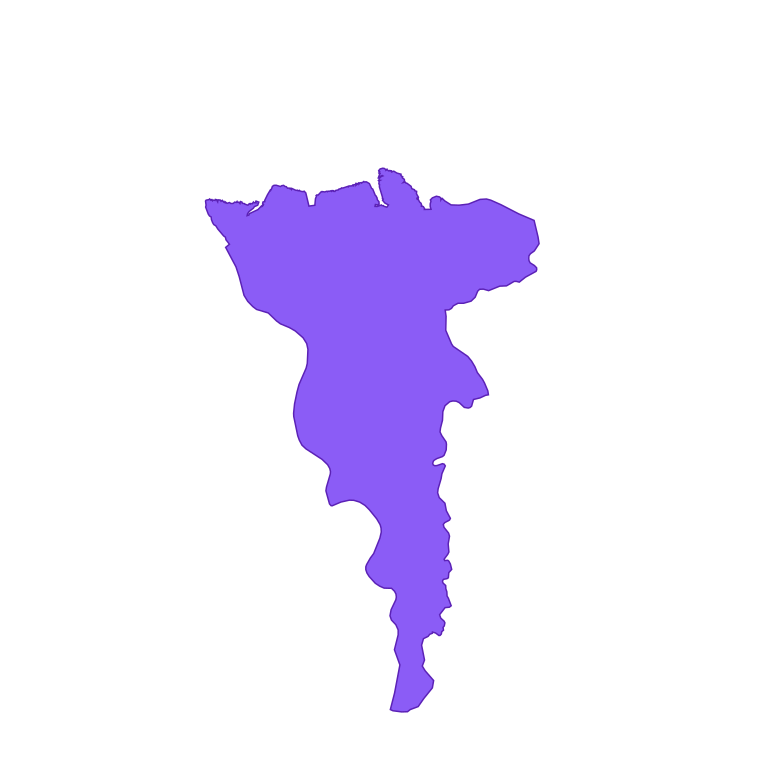 Cotabato City, Cotabato, Philippines, rotated 46°
{"feature_id": "2640588B312406433782", "entity_name": "Cotabato City", "entity_type": "district", "adm_level": 2, "iso_a3": "PHL", "parent_name": "Philippines", "parent_adm1": "Cotabato", "projection": "orthographic", "projection_center": [124.192, 7.204], "detail": "fine", "context": "isolated", "style": "filled", "palette": "violet", "viewbox_px": 768, "rotation_deg": 46, "n_neighbors": 0, "source": "geoboundaries", "source_scale": "gbopen_adm2", "svg_char_len": 6170}
<svg xmlns="http://www.w3.org/2000/svg" viewBox="0 0 768 768"><g transform="rotate(46 384 384)"><path d="M175.7,403.0L196.9,409.1L206.2,413.6L223.0,423.1L229.9,424.6L237.1,424.6L241.8,423.9L252.5,417.9L264.1,417.5L268.8,416.7L277.6,412.9L284.2,411.0L294.5,410.1L301.2,411.5L306.3,414.7L315.9,424.9L318.5,429.0L325.3,445.4L329.3,452.1L336.2,462.2L342.3,469.4L344.7,471.5L361.3,482.0L365.5,483.9L371.0,485.5L376.5,485.2L395.2,480.9L402.9,480.6L407.1,481.7L409.8,483.3L411.4,485.1L418.2,497.0L420.5,500.0L432.4,506.5L434.7,506.6L435.6,505.9L439.0,497.0L443.5,489.6L446.7,486.5L452.1,483.5L458.1,482.0L464.3,481.9L475.9,482.9L482.5,484.5L485.6,486.2L488.6,488.8L492.0,494.0L498.8,509.2L499.7,514.7L501.8,521.9L502.9,524.1L505.0,526.1L508.2,527.6L512.2,528.4L521.3,528.7L526.5,527.5L530.9,525.7L536.2,520.5L540.4,520.4L543.4,521.3L545.8,523.1L547.4,525.3L551.3,535.7L554.9,540.7L558.9,542.6L565.4,542.7L570.7,544.6L574.3,548.1L582.4,561.1L597.1,567.7L613.6,591.0L622.6,605.6L625.2,604.6L632.1,599.1L636.1,594.7L636.4,591.3L639.8,583.5L637.9,573.9L636.2,560.3L631.8,554.3L618.8,553.6L613.5,552.4L610.7,546.6L598.0,538.4L594.6,532.5L596.2,527.5L595.8,525.0L596.9,522.4L596.1,521.5L598.8,519.9L603.1,519.2L603.8,518.3L603.7,516.5L602.3,514.5L602.4,512.2L600.1,510.6L599.9,508.7L598.1,506.1L596.3,505.5L591.9,505.8L588.6,504.3L587.3,495.4L590.0,492.0L590.2,489.7L582.8,486.5L580.3,485.9L577.1,483.1L574.3,481.8L571.8,479.6L568.4,479.8L567.0,479.3L566.1,478.3L565.9,476.8L567.8,473.9L568.1,472.3L564.7,468.4L564.4,464.1L559.6,461.3L556.4,460.4L555.1,460.6L553.2,463.0L551.8,462.5L550.8,456.4L549.9,454.0L543.6,448.9L539.0,442.6L536.1,441.1L528.8,440.4L526.2,438.9L525.9,436.6L527.4,431.4L526.8,429.6L518.5,427.2L512.1,423.0L504.1,423.2L499.5,421.0L497.0,417.9L491.7,408.6L488.8,404.7L485.5,396.8L483.5,396.4L481.9,397.3L479.5,402.5L478.1,404.2L476.5,404.8L474.9,404.1L473.8,402.1L473.7,400.7L474.4,397.7L476.8,392.4L477.0,390.3L474.6,385.0L470.7,380.9L468.8,379.6L461.3,378.3L457.4,377.0L454.9,373.9L450.7,367.1L444.8,360.9L442.0,355.2L442.4,349.0L444.0,346.3L446.5,344.0L449.7,342.8L456.6,342.5L459.8,340.1L460.7,338.4L460.8,336.4L457.3,330.4L460.7,324.6L462.7,318.8L464.3,316.4L461.1,314.1L453.1,311.0L449.1,309.9L440.6,308.9L434.7,306.6L428.4,305.1L422.3,304.6L405.1,308.1L402.2,307.6L388.3,302.3L378.4,292.3L373.3,288.6L375.8,285.7L376.5,282.9L375.9,279.8L377.3,274.7L381.2,270.7L384.9,263.8L384.9,258.1L382.3,252.1L382.3,249.4L384.8,246.6L389.5,243.9L394.0,232.8L398.5,227.7L400.6,219.1L402.0,217.6L404.7,215.9L405.4,208.1L408.6,196.3L407.9,194.8L406.4,193.5L403.4,193.5L398.3,194.7L396.0,194.0L394.2,192.6L392.5,190.7L392.0,188.2L392.7,183.4L390.8,175.0L385.3,171.1L370.6,162.4L355.2,168.9L336.3,175.3L325.9,179.5L322.1,181.8L317.9,186.7L313.2,198.3L307.5,205.8L301.8,211.3L294.5,213.1L291.1,213.2L291.2,213.9L290.5,213.9L290.9,215.0L289.7,214.0L288.0,214.1L285.3,215.9L283.7,219.9L283.8,222.8L285.1,223.2L286.5,225.6L288.5,227.5L291.0,228.8L286.5,233.7L286.1,233.0L283.8,232.5L282.4,233.1L281.9,234.2L281.9,232.9L279.7,231.8L277.9,232.0L275.3,231.2L274.3,231.8L273.2,231.3L273.4,230.5L274.3,230.5L273.6,229.5L269.7,228.5L268.1,226.7L266.3,227.6L265.4,227.1L262.8,228.3L260.6,227.2L255.6,228.0L254.9,228.6L253.5,228.4L252.5,230.1L252.5,229.1L251.7,227.7L250.8,227.2L248.6,227.6L247.8,227.2L247.9,226.7L245.9,227.0L244.9,226.0L241.2,228.2L237.7,229.1L236.5,231.8L236.5,230.6L235.8,230.5L234.5,231.6L233.8,231.6L234.5,231.9L233.8,232.7L232.1,232.8L231.7,233.8L231.4,233.0L230.9,233.8L229.2,234.0L227.9,235.0L226.6,237.4L226.8,239.5L228.0,239.6L227.8,240.1L229.3,240.6L228.9,241.2L229.4,241.3L230.1,239.9L229.8,240.9L231.5,244.4L232.7,240.5L233.5,240.3L232.8,242.0L232.8,245.0L233.8,245.5L233.8,246.1L234.8,245.3L234.6,246.0L234.0,246.4L234.0,246.7L234.9,246.7L236.5,248.7L237.3,248.6L239.0,250.4L248.5,255.3L249.5,256.3L250.5,256.1L250.8,257.4L254.4,257.7L258.3,256.4L258.8,259.1L256.1,260.6L255.3,260.5L254.4,261.5L253.4,261.5L251.6,265.6L250.0,267.1L248.9,265.5L250.7,264.2L251.2,262.6L249.4,261.0L246.9,260.8L245.2,259.7L244.8,260.2L244.9,259.7L243.5,259.1L242.2,259.2L236.0,256.7L234.6,257.0L229.7,255.3L226.4,256.2L224.8,258.0L224.3,257.9L223.9,260.5L223.4,260.4L222.1,262.2L222.5,262.5L221.8,262.7L222.3,263.3L221.5,263.9L222.0,264.2L220.8,264.6L221.3,265.4L220.6,265.4L220.9,265.9L220.5,265.7L220.7,266.2L219.8,267.1L219.4,268.0L219.9,268.3L219.1,268.5L219.3,269.3L217.1,271.8L217.3,272.8L216.7,272.8L214.5,277.4L213.4,278.4L213.6,279.0L212.4,281.3L212.6,282.0L211.1,284.5L211.4,285.5L210.2,286.6L209.8,286.1L209.2,286.6L208.6,287.3L208.9,288.0L207.9,288.3L207.4,289.5L206.4,290.3L206.5,291.0L205.5,291.4L204.7,293.2L202.5,294.9L202.9,295.8L202.4,295.4L202.1,295.8L202.3,300.1L201.3,301.0L201.3,301.9L201.9,301.9L203.1,304.6L207.4,309.6L203.9,314.4L192.2,307.5L189.8,307.5L189.5,308.5L188.0,309.7L186.5,310.5L186.0,310.3L185.4,311.6L184.5,311.6L183.6,312.8L179.4,314.4L179.7,315.2L178.8,314.8L177.9,315.6L178.2,316.0L177.1,316.2L176.1,317.4L174.2,317.2L173.2,318.0L171.4,318.2L170.3,319.8L170.0,321.3L166.1,323.5L164.6,325.2L164.3,327.0L165.6,329.5L166.0,331.2L165.5,331.1L166.9,336.3L169.1,342.4L170.0,343.1L169.0,344.5L169.7,345.8L171.2,346.0L171.6,347.1L171.6,347.8L171.0,347.6L171.3,348.7L170.8,348.7L171.0,353.5L168.0,362.3L168.6,363.9L167.8,365.5L166.7,363.8L166.2,361.4L166.8,355.8L166.4,354.0L167.7,350.7L166.2,347.7L163.5,349.0L163.9,350.1L164.7,350.2L163.1,351.7L162.4,351.6L162.8,353.5L161.5,354.6L161.7,355.3L160.7,355.6L160.8,357.7L157.9,359.2L157.4,359.0L155.6,360.4L154.6,359.8L153.2,360.4L154.2,362.3L153.5,362.3L153.1,361.4L151.4,363.2L150.6,362.9L150.8,364.1L149.4,365.1L149.4,366.9L148.6,367.9L147.7,368.8L146.1,369.1L145.1,371.3L143.1,371.6L143.6,372.1L142.1,372.9L141.5,372.3L140.6,373.0L139.5,372.8L139.4,374.3L137.9,374.0L136.2,375.5L137.4,377.1L135.0,376.5L134.1,377.1L134.6,378.0L133.2,379.0L133.1,380.1L132.3,379.8L131.8,380.5L131.6,379.9L130.7,380.8L129.7,381.0L129.8,381.8L128.2,384.2L128.4,385.3L131.8,387.8L132.8,389.4L139.7,392.4L141.9,392.8L143.8,392.3L145.8,393.9L148.9,395.2L151.1,395.7L153.4,395.1L157.1,395.9L166.1,396.5L168.2,396.1L170.5,397.5L176.1,398.1L175.7,403.0Z" fill="#8b5cf6" stroke="#5b21b6" stroke-width="1.5"/></g></svg>